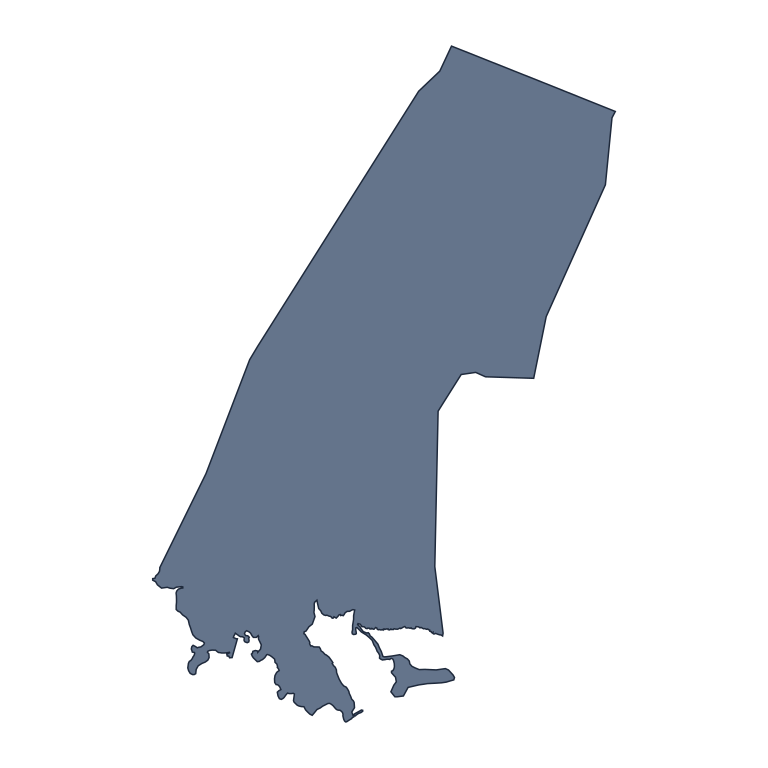 Ngerusar, Airai, Palau (Mercator projection)
{"feature_id": "81905179B80003657919374", "entity_name": "Ngerusar", "entity_type": "district", "adm_level": 2, "iso_a3": "PLW", "parent_name": "Palau", "parent_adm1": "Airai", "projection": "mercator", "projection_center": [134.532, 7.368], "detail": "fine", "context": "isolated", "style": "filled", "palette": "slate", "viewbox_px": 768, "rotation_deg": 0, "n_neighbors": 0, "source": "geoboundaries", "source_scale": "gbopen_adm2", "svg_char_len": 6128}
<svg xmlns="http://www.w3.org/2000/svg" viewBox="0 0 768 768"><path d="M615.3,111.5L542.0,82.1L451.5,46.1L439.8,71.1L418.7,91.2L257.8,346.1L249.7,359.6L206.0,473.6L159.8,567.6L159.8,568.8L159.5,571.3L158.1,573.7L155.7,576.0L154.9,578.3L152.7,578.6L152.7,580.2L155.6,581.7L157.4,584.8L161.5,588.1L167.3,587.3L170.0,588.2L173.7,588.7L176.3,587.2L181.6,586.6L182.8,586.9L182.8,588.0L181.2,588.2L178.4,589.1L176.7,591.1L176.1,593.0L176.4,596.0L176.5,599.5L176.5,602.3L176.2,605.5L176.2,609.5L178.1,611.3L180.1,612.1L182.6,614.9L186.1,617.3L188.3,620.1L189.3,624.6L190.5,627.8L191.7,631.7L192.9,634.8L195.8,638.0L199.7,640.2L202.9,641.5L204.4,643.0L203.8,644.7L200.9,646.9L198.6,647.3L197.2,647.8L195.6,646.6L193.1,645.3L191.8,646.7L191.3,649.0L191.9,650.6L192.3,652.1L194.5,652.5L194.7,653.4L194.1,655.4L193.3,656.5L193.0,656.9L192.2,658.7L190.8,660.5L189.3,661.4L188.4,663.4L187.8,667.9L188.6,670.7L190.2,673.4L192.6,674.6L194.1,674.6L195.7,673.7L196.2,669.4L198.2,665.8L202.0,663.4L205.2,662.1L207.8,660.2L209.1,657.6L208.9,653.9L207.4,652.2L207.8,651.3L209.5,650.5L212.1,650.1L214.6,650.2L215.6,650.2L217.7,652.0L218.8,652.6L219.7,652.6L221.7,653.0L224.2,653.0L226.7,652.8L229.4,652.3L229.6,652.8L226.8,654.1L227.2,656.0L228.8,656.2L229.6,657.8L232.1,657.6L237.4,638.8L236.1,638.7L233.4,637.5L233.9,635.9L235.0,634.0L235.3,633.2L239.5,636.2L240.5,636.7L242.4,636.7L244.3,637.8L244.2,639.1L244.0,640.0L244.3,641.0L245.0,641.9L247.2,642.7L248.8,641.9L249.1,640.2L248.6,638.7L249.3,637.3L247.8,635.8L245.5,635.5L244.5,633.7L245.1,632.0L246.6,630.7L249.3,632.0L250.6,633.2L252.0,635.7L253.4,637.4L256.3,637.4L258.2,635.6L258.7,636.7L258.4,637.6L258.6,639.3L259.7,641.5L261.3,644.9L260.5,649.2L259.2,650.6L257.8,652.3L257.6,651.0L255.4,650.5L252.9,651.3L252.4,653.2L251.4,654.1L252.3,656.3L253.4,657.9L257.3,661.7L259.4,661.4L260.7,660.4L262.5,659.6L264.8,657.6L266.7,654.7L267.4,654.5L269.5,655.2L271.5,656.5L274.5,659.0L274.9,660.7L275.0,662.3L276.9,664.1L277.5,666.4L277.3,667.5L278.3,668.5L279.2,670.6L277.4,671.7L276.4,672.9L275.0,675.5L274.5,678.8L274.7,682.5L276.1,684.6L277.5,684.7L278.8,685.7L279.9,687.2L280.9,689.6L279.0,690.6L277.3,692.2L278.0,695.9L279.4,698.7L281.3,699.4L282.8,698.6L284.0,697.6L285.8,695.1L287.5,693.1L289.2,693.6L291.5,693.6L293.2,693.3L294.4,694.0L293.7,699.1L293.5,700.7L294.1,702.2L297.2,705.2L298.9,706.0L301.4,706.6L303.9,706.7L305.6,709.9L307.5,711.9L309.8,714.1L312.2,715.3L314.5,712.6L317.0,709.5L320.2,708.0L322.6,706.2L325.0,705.0L327.9,703.5L329.8,703.4L331.5,704.4L333.2,705.8L335.0,708.0L335.9,709.0L337.2,709.9L338.7,710.2L339.9,710.2L341.5,711.4L342.5,712.6L343.0,714.3L342.9,715.9L343.7,719.2L344.5,720.9L345.5,721.9L346.6,721.8L349.8,719.7L351.6,718.7L352.4,717.5L353.8,716.9L354.4,715.8L355.4,715.9L356.1,715.1L358.6,713.4L360.9,712.6L362.7,711.3L362.7,710.3L361.4,710.0L359.7,711.0L355.5,713.3L354.1,714.2L354.0,715.2L353.0,715.4L352.2,713.1L351.8,712.0L354.5,707.7L354.3,704.5L354.1,702.3L353.3,700.8L351.7,699.2L350.6,696.2L349.3,693.5L348.8,691.3L347.5,689.0L346.3,687.2L343.7,685.9L341.5,683.3L339.2,679.2L337.7,675.5L336.6,672.6L336.4,669.8L335.2,667.2L333.6,665.7L332.2,663.5L332.9,662.7L331.7,660.8L329.0,657.1L326.2,654.9L325.1,654.5L322.8,652.0L321.1,650.9L320.3,648.6L319.2,647.0L313.9,646.9L311.9,645.8L310.8,646.0L309.6,643.8L309.8,642.5L309.3,641.2L307.0,637.5L305.9,635.8L305.1,634.4L303.9,633.7L304.2,631.8L306.0,631.1L308.9,626.8L312.3,624.1L315.0,616.6L313.9,612.2L314.2,610.3L314.3,606.4L314.2,604.0L314.6,602.3L316.9,600.2L317.5,603.3L318.7,608.5L320.8,610.9L321.8,613.2L323.8,614.9L325.8,615.5L326.6,615.2L327.5,615.4L329.2,616.2L330.2,616.3L331.5,617.2L332.2,618.2L333.4,618.0L334.0,616.8L336.2,618.1L337.9,616.4L339.0,614.9L340.2,614.5L340.7,615.6L341.9,615.2L343.2,615.7L344.1,614.6L345.1,612.8L346.1,612.1L347.0,611.4L349.7,611.3L351.2,610.4L352.9,609.6L354.7,610.0L354.5,610.8L354.2,612.6L353.6,615.7L353.6,619.3L353.0,623.1L352.6,625.4L352.6,629.7L352.0,632.1L352.3,633.8L353.5,634.5L355.3,634.3L356.3,633.7L356.2,632.2L355.7,629.5L355.9,627.8L357.0,627.5L360.8,631.4L361.4,632.0L366.3,635.0L369.2,637.5L372.2,640.4L373.9,644.8L375.5,647.2L376.7,650.0L377.1,651.2L378.4,652.9L379.5,654.9L379.7,656.0L379.5,658.1L380.1,658.7L381.2,659.4L382.5,660.0L384.1,659.7L384.9,659.7L386.4,659.3L387.7,659.2L388.9,659.3L389.8,659.5L390.5,658.6L391.7,658.4L393.0,659.3L393.7,661.1L394.3,663.7L394.4,666.8L394.0,668.6L392.9,670.6L391.5,671.2L391.5,672.7L392.7,674.1L394.2,675.8L395.5,677.2L396.3,681.8L393.8,685.2L390.9,691.8L394.9,696.8L397.1,696.8L403.4,696.0L408.1,687.4L418.8,684.9L423.7,684.2L427.4,683.6L435.3,683.2L441.6,682.8L446.3,682.1L449.9,681.0L453.8,679.9L454.5,677.5L453.1,675.0L448.5,670.0L445.4,668.6L436.2,669.9L424.8,669.4L419.2,669.6L415.1,667.9L411.9,666.3L409.8,663.8L409.3,661.1L407.4,658.9L404.8,657.5L403.0,656.0L399.8,654.7L392.1,656.0L386.5,656.7L384.3,656.9L382.9,656.3L381.3,651.5L379.4,647.8L377.9,644.1L374.7,640.3L372.0,637.2L370.1,635.8L369.4,633.9L368.3,632.7L366.7,633.0L363.3,631.6L361.3,629.0L360.4,627.9L360.5,627.3L357.6,624.6L358.0,623.6L360.2,624.2L360.6,624.9L361.2,625.4L362.0,626.6L364.4,626.9L365.9,628.4L366.8,628.6L367.3,628.6L367.8,628.1L369.7,628.3L369.8,628.9L370.5,629.0L371.6,628.9L371.9,628.4L373.2,629.2L374.2,629.1L375.6,627.5L376.8,628.0L377.1,629.0L378.2,629.8L379.1,629.5L381.0,630.0L382.2,629.6L383.1,630.1L383.4,629.2L384.1,628.9L384.8,629.5L386.3,628.9L387.0,629.1L388.0,628.8L388.3,629.7L389.7,629.9L390.9,629.0L391.3,629.5L393.5,629.5L394.1,628.7L395.4,629.1L397.7,629.2L400.0,628.1L400.7,628.6L401.7,628.1L403.3,627.1L404.8,626.5L406.1,628.0L407.3,628.0L408.4,627.8L410.2,628.3L411.0,627.8L412.0,628.7L414.1,628.9L415.5,628.1L416.0,626.6L418.5,626.8L420.0,627.9L421.0,627.4L423.5,628.8L424.7,628.6L426.5,629.3L427.8,629.0L428.4,629.7L429.7,630.1L429.8,631.2L431.2,631.6L431.5,632.5L432.2,632.8L433.0,632.3L432.9,633.4L433.8,634.0L434.5,633.9L435.6,633.4L437.7,634.2L439.5,634.8L441.1,635.0L442.6,636.0L443.1,633.2L434.8,566.6L438.1,411.2L443.6,402.4L461.2,374.5L475.7,372.4L485.5,376.8L533.7,378.3L546.2,316.6L605.4,184.8L612.0,117.8L615.3,111.5Z" fill="#64748b" stroke="#1e293b" stroke-width="1.5"/></svg>